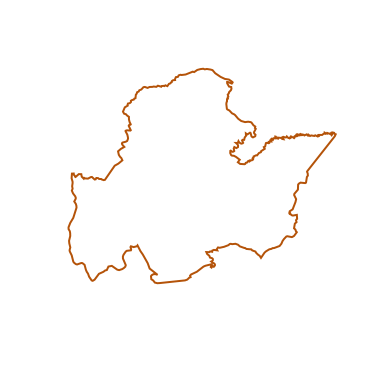 the district of Aketi, Orientale, Democratic Republic of the Congo, rotated 305°
{"feature_id": "63176286B77771623677962", "entity_name": "Aketi", "entity_type": "district", "adm_level": 2, "iso_a3": "COD", "parent_name": "Democratic Republic of the Congo", "parent_adm1": "Orientale", "projection": "robinson", "projection_center": [24.045, 2.924], "detail": "fine", "context": "isolated", "style": "outline", "palette": "amber", "viewbox_px": 384, "rotation_deg": 305, "n_neighbors": 0, "source": "geoboundaries", "source_scale": "gbopen_adm2", "svg_char_len": 6058}
<svg xmlns="http://www.w3.org/2000/svg" viewBox="0 0 384 384"><g transform="rotate(305 192 192)"><path d="M291.0,123.6L284.6,119.4L281.9,116.4L281.4,115.3L279.9,114.2L278.2,114.4L276.8,112.9L274.5,113.4L274.0,113.9L272.7,112.4L271.5,111.9L270.3,112.4L269.6,111.9L268.6,112.0L267.4,111.1L264.6,111.1L264.1,109.0L262.9,108.6L262.7,107.9L261.3,106.3L260.6,106.4L259.5,103.1L257.7,102.5L256.4,100.1L255.5,99.4L253.7,97.0L251.8,95.9L251.0,93.1L250.0,92.1L246.9,91.7L245.1,90.5L243.7,90.7L242.2,89.8L240.9,90.3L239.5,90.2L236.4,91.9L235.4,91.2L234.3,91.3L233.0,90.2L231.7,89.6L230.7,90.4L229.9,90.3L229.0,90.0L227.7,88.8L226.4,89.2L225.9,89.8L222.8,88.4L218.2,89.4L217.2,91.5L217.8,93.2L217.4,95.0L217.4,97.2L215.2,98.8L213.5,100.8L212.3,103.0L211.8,103.0L211.1,102.1L209.9,102.2L207.5,106.4L207.0,106.3L205.2,103.3L204.1,102.5L203.6,102.8L201.9,106.1L200.1,108.1L199.0,109.0L197.5,109.4L196.6,109.6L195.2,108.9L192.6,106.7L191.7,106.7L191.2,107.1L190.7,108.1L190.1,110.7L186.5,109.0L182.9,108.1L180.5,110.7L179.6,112.8L179.3,114.6L178.0,116.8L173.0,115.4L169.2,113.6L152.0,113.7L151.1,112.9L150.5,110.9L150.6,110.3L149.4,108.4L149.5,107.1L149.1,106.4L148.6,105.6L147.1,105.8L146.4,105.1L146.9,101.4L146.2,100.6L143.3,99.1L141.8,96.6L141.7,95.6L140.8,95.7L141.3,92.9L143.1,91.1L141.7,89.0L137.5,88.0L137.5,87.4L138.1,86.6L138.3,85.4L139.3,84.5L138.2,83.1L134.2,85.5L131.9,88.3L130.8,89.1L128.0,90.5L126.2,92.3L124.2,92.8L122.6,95.4L121.5,98.8L120.6,100.1L119.8,100.6L116.7,101.0L115.6,103.7L114.4,105.2L112.9,106.4L102.7,109.6L96.9,110.0L92.3,111.1L90.8,112.2L89.8,114.4L88.4,115.8L86.1,117.5L81.5,119.3L79.5,121.0L76.8,124.1L74.1,125.1L73.2,126.0L71.1,129.8L66.8,134.8L66.4,136.1L66.3,138.2L66.7,139.4L70.4,142.1L70.9,143.1L70.7,145.8L67.5,149.6L66.3,151.5L65.5,153.6L63.6,156.3L62.0,160.5L62.3,161.6L64.3,162.5L71.6,162.7L75.8,165.2L78.0,165.9L79.2,167.0L83.0,166.3L85.5,168.7L85.5,175.3L86.2,177.1L88.9,179.1L90.7,179.8L92.5,180.2L94.1,179.7L97.9,173.6L99.5,172.4L101.4,171.9L105.2,171.9L106.4,172.3L109.2,175.4L110.2,175.0L111.6,173.2L112.5,173.1L113.4,175.8L116.0,178.0L117.0,178.0L114.0,183.7L112.6,187.5L108.3,196.5L105.0,201.2L104.4,211.3L103.7,209.0L102.6,207.6L100.7,206.7L99.5,206.7L97.2,208.7L97.3,210.9L96.5,213.5L97.4,215.9L98.9,217.8L115.6,237.0L117.6,238.4L120.3,238.9L121.4,239.7L122.4,238.4L124.0,238.6L129.4,241.7L137.5,244.2L139.3,245.3L144.0,249.4L143.5,250.8L142.4,250.1L141.3,250.4L141.3,251.1L142.2,250.7L142.8,252.2L143.6,252.9L145.2,252.8L145.9,252.2L146.2,250.9L145.9,249.6L146.1,247.6L147.2,248.2L148.2,248.2L149.1,247.5L149.3,246.5L148.6,244.3L149.7,242.8L149.9,240.0L151.0,238.2L152.7,240.7L153.7,240.9L154.6,242.8L155.6,242.2L157.1,243.1L158.7,246.2L159.3,245.1L161.5,245.1L162.2,246.7L165.5,249.7L169.3,252.3L171.1,252.8L171.8,253.5L172.3,254.8L174.5,257.3L175.2,259.9L174.9,262.4L176.2,267.1L176.5,267.4L176.6,269.3L179.0,273.5L178.7,274.8L179.6,278.1L178.9,279.7L178.5,282.5L178.6,283.9L177.6,286.3L183.8,286.2L185.7,286.6L189.4,288.2L191.0,289.7L192.2,290.2L193.2,291.4L198.0,294.7L201.0,294.9L203.7,294.3L206.1,294.3L209.6,294.8L210.4,295.4L212.3,299.6L212.8,300.0L214.6,300.8L219.2,300.9L219.5,299.6L220.5,298.3L220.8,296.4L225.1,294.4L227.3,294.9L228.3,293.6L229.1,293.3L230.3,293.5L233.4,291.0L230.6,288.2L230.2,287.1L230.3,285.5L231.1,284.3L230.3,284.2L230.5,283.8L232.3,283.1L235.5,284.4L243.2,282.5L245.9,281.4L248.1,277.4L249.2,276.9L254.7,277.4L258.9,274.7L260.0,274.7L261.9,275.5L264.2,279.6L265.1,280.0L270.2,277.5L271.9,277.5L273.6,276.1L274.6,274.6L275.6,274.5L319.5,277.0L321.7,276.6L321.4,275.4L322.0,274.5L321.4,272.9L320.8,272.3L320.1,272.6L320.4,273.7L318.6,273.8L319.2,271.6L318.6,271.4L317.9,268.7L317.4,268.6L317.1,268.9L316.8,268.3L316.7,266.8L315.9,267.4L315.5,266.5L313.4,265.9L311.2,262.7L310.7,262.6L310.4,263.7L309.6,263.2L309.1,260.4L308.1,260.1L306.7,257.2L305.6,256.6L305.7,254.7L304.9,255.0L304.6,254.4L305.0,252.9L302.8,251.6L303.0,250.8L302.4,249.4L301.9,249.7L301.6,249.4L301.7,247.5L301.0,247.2L300.6,248.1L299.5,247.0L299.3,246.6L299.9,246.0L299.9,245.4L299.2,244.6L298.8,244.6L298.5,245.5L297.7,244.8L297.5,245.5L296.2,244.2L295.3,244.8L294.7,244.7L294.8,243.4L294.3,242.5L294.5,241.7L294.2,241.0L293.7,241.0L292.7,241.7L291.9,241.2L292.0,240.6L291.5,240.0L291.9,237.8L290.9,237.9L290.1,237.0L289.7,235.6L288.0,236.0L287.7,236.6L287.2,235.5L288.4,234.5L287.4,234.0L285.9,231.3L285.1,231.8L284.5,230.5L284.4,229.8L285.4,229.0L285.2,228.4L283.6,229.3L282.8,228.0L281.4,228.3L281.6,227.2L281.4,226.7L280.9,226.6L280.2,227.8L279.9,227.8L279.3,226.5L278.9,226.6L278.6,227.8L277.2,226.2L276.4,227.1L276.0,226.9L275.3,225.2L274.4,224.5L271.3,225.8L270.0,225.1L269.1,226.8L265.1,225.2L264.1,225.6L262.4,224.5L259.3,224.3L258.9,223.5L256.5,222.1L255.6,222.7L255.1,222.3L254.3,222.3L253.9,223.3L253.6,223.4L252.2,222.8L251.1,221.2L250.5,220.9L250.5,221.7L249.8,221.5L249.8,220.5L249.4,220.2L247.7,220.2L246.7,219.3L245.6,219.5L244.9,219.1L242.6,215.3L242.7,212.5L245.8,212.6L246.0,207.9L245.7,205.6L244.7,203.8L244.7,202.9L245.8,201.0L247.7,199.8L248.1,200.0L248.0,201.9L248.9,202.8L249.8,203.1L251.6,201.2L253.1,200.9L253.4,203.1L255.1,203.9L256.5,203.1L257.1,202.1L257.4,199.9L258.4,201.4L260.3,200.9L259.7,202.2L259.7,204.0L260.0,204.8L261.0,205.6L261.6,205.7L263.0,203.4L263.8,203.5L264.7,204.8L266.9,203.9L269.0,204.0L270.9,202.5L270.9,204.3L273.9,205.5L273.9,206.2L271.7,208.8L271.6,209.7L271.7,210.6L273.9,211.8L275.3,211.2L275.7,209.3L276.5,208.5L280.3,208.0L280.5,206.8L281.9,206.3L281.9,204.1L283.0,200.9L282.9,200.0L281.8,197.7L279.7,195.4L278.4,191.6L278.5,187.8L279.7,183.3L279.8,182.0L279.4,179.7L280.2,175.8L279.9,173.7L280.1,172.9L283.8,169.6L285.4,168.8L286.1,168.8L288.2,167.4L289.1,167.9L290.0,166.9L290.9,167.1L292.3,165.4L293.8,165.6L294.9,165.1L297.8,165.5L299.2,165.1L300.5,163.9L299.6,161.9L301.2,158.5L302.2,157.7L302.7,158.3L303.6,162.4L305.0,162.5L305.3,162.1L305.3,157.8L303.5,154.1L302.7,149.4L302.6,142.9L303.6,138.9L303.0,137.1L301.3,133.6L299.8,132.1L299.4,130.5L297.5,128.4L295.0,126.3L291.5,125.0L291.0,123.6Z" fill="none" stroke="#b45309" stroke-width="2"/></g></svg>